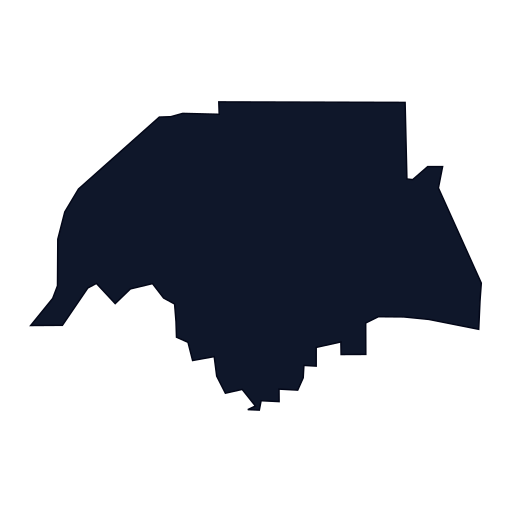 the district of Etowah, Alabama, United States of America
{"feature_id": "52423323B46857882117510", "entity_name": "Etowah", "entity_type": "district", "adm_level": 2, "iso_a3": "USA", "parent_name": "United States of America", "parent_adm1": "Alabama", "projection": "albers", "projection_center": [-86.062, 34.021], "detail": "fine", "context": "isolated", "style": "filled", "palette": "ink", "viewbox_px": 512, "rotation_deg": 0, "n_neighbors": 0, "source": "geoboundaries", "source_scale": "gbopen_adm2", "svg_char_len": 794}
<svg xmlns="http://www.w3.org/2000/svg" viewBox="0 0 512 512"><path d="M62.4,325.3L87.8,288.0L96.4,283.4L115.2,303.6L130.4,288.9L152.5,283.6L163.6,298.0L174.6,304.0L176.0,321.6L176.5,337.2L188.0,342.3L192.6,360.5L214.2,356.6L216.7,376.1L225.4,393.2L242.2,389.4L255.4,406.0L247.8,409.6L259.3,410.1L261.1,400.7L279.1,401.6L279.0,389.1L297.7,390.1L303.2,377.8L303.9,365.4L316.2,366.1L316.2,357.1L316.2,347.4L340.9,341.9L341.1,354.5L365.8,354.4L365.7,323.0L378.4,316.7L403.6,316.9L428.8,319.4L478.7,329.3L480.0,300.9L481.3,283.1L438.4,188.0L442.6,166.6L427.7,166.6L412.7,179.6L406.9,179.0L405.1,102.4L218.8,101.9L219.2,114.3L182.7,113.4L170.8,116.7L159.3,117.1L78.5,189.0L64.8,211.9L57.8,239.2L57.5,285.8L52.7,298.4L30.7,325.5L62.4,325.3Z" fill="#0f172a" stroke="#020617" stroke-width="1.5"/></svg>